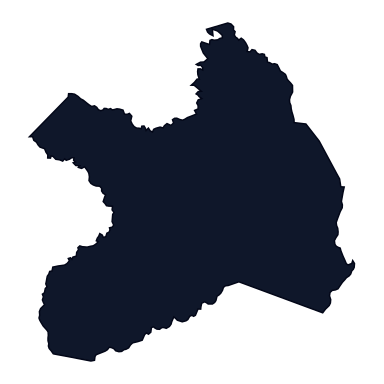 Arapoti, Paraná, Brazil
{"feature_id": "56859067B71427731295811", "entity_name": "Arapoti", "entity_type": "district", "adm_level": 2, "iso_a3": "BRA", "parent_name": "Brazil", "parent_adm1": "Paraná", "projection": "orthographic", "projection_center": [-50.012, -24.073], "detail": "fine", "context": "isolated", "style": "filled", "palette": "ink", "viewbox_px": 384, "rotation_deg": 0, "n_neighbors": 0, "source": "geoboundaries", "source_scale": "gbopen_adm2", "svg_char_len": 4741}
<svg xmlns="http://www.w3.org/2000/svg" viewBox="0 0 384 384"><path d="M231.0,24.0L227.8,23.0L206.5,29.3L207.6,32.0L209.5,33.9L213.0,35.7L212.7,33.1L212.4,29.2L217.5,31.0L220.1,33.2L222.3,35.4L222.3,37.9L219.9,38.4L217.8,39.8L214.2,40.2L211.9,39.6L210.0,40.4L209.5,44.5L204.4,42.8L201.8,41.9L200.6,43.7L200.6,46.3L203.3,53.0L204.8,54.9L207.9,58.7L203.9,62.0L200.4,62.2L196.3,64.4L198.2,65.5L200.7,65.2L202.7,67.6L202.7,70.0L200.6,68.9L198.0,68.9L197.6,71.5L197.9,74.8L199.3,79.0L197.1,79.1L194.4,82.4L191.3,85.2L194.2,85.3L197.0,87.6L201.3,91.3L198.2,91.6L196.1,93.9L197.9,95.0L199.1,96.6L201.8,98.6L198.2,99.9L196.7,103.0L198.1,105.6L198.1,108.9L194.6,110.4L196.5,114.0L193.3,115.3L190.8,116.3L187.4,117.6L184.9,119.2L182.6,120.2L179.8,119.5L176.8,118.2L174.6,118.3L172.5,119.7L173.6,123.0L171.0,125.4L167.0,123.6L164.4,125.7L163.1,127.9L160.1,127.1L156.1,128.2L153.7,129.3L152.5,132.0L150.2,130.9L148.4,128.1L146.1,130.5L145.4,128.3L144.0,126.0L141.8,126.2L141.2,128.8L139.2,128.2L136.6,128.1L134.1,126.6L132.2,124.1L130.7,120.9L131.8,116.2L129.4,113.4L127.3,114.3L124.5,114.2L123.0,110.1L119.5,109.1L116.9,108.8L114.4,109.5L112.3,109.9L110.6,108.6L108.2,109.4L106.2,108.5L104.2,108.4L102.8,110.1L100.7,110.7L98.4,109.7L96.7,107.3L94.5,105.8L91.7,106.5L89.3,105.0L86.2,102.6L83.3,100.2L80.6,98.8L78.0,96.4L74.6,94.2L71.7,93.7L68.6,93.7L68.2,97.1L29.5,136.7L32.6,136.7L33.8,140.3L36.5,142.2L38.0,144.8L40.0,147.1L42.5,148.0L44.6,148.7L46.0,152.2L47.8,154.8L47.7,158.0L50.5,158.1L51.1,155.9L53.0,156.4L55.8,159.3L59.5,159.8L62.7,161.1L64.7,158.8L66.2,160.3L69.5,159.2L71.7,157.7L74.0,157.8L73.6,160.3L75.5,162.0L73.2,162.8L75.8,165.5L79.7,165.8L78.4,167.4L81.6,168.4L84.6,166.8L86.3,169.1L88.0,171.5L88.9,173.5L89.4,176.9L89.0,180.6L90.9,183.4L93.2,184.9L96.1,186.0L99.7,186.2L101.7,188.4L101.6,190.9L103.1,193.3L105.6,194.8L104.6,197.2L103.2,201.6L105.0,203.5L106.5,205.7L108.8,206.1L112.5,206.2L112.1,209.9L114.1,212.5L112.7,214.3L112.1,221.6L113.7,225.0L112.4,227.1L109.5,227.8L110.0,229.9L109.0,232.2L106.9,233.2L105.8,236.7L103.3,237.4L102.3,235.1L99.8,233.6L98.7,236.3L97.3,238.2L96.3,240.8L98.2,241.7L96.7,243.4L95.0,244.7L93.2,245.8L90.4,246.3L87.2,247.1L84.8,246.9L82.3,246.7L79.8,245.9L77.9,247.7L78.5,249.8L76.7,252.3L76.3,256.1L72.9,257.1L71.9,259.3L70.5,257.8L68.3,258.5L69.4,260.8L67.0,263.6L64.5,265.1L61.7,265.5L58.0,266.0L55.7,266.5L52.8,267.1L52.0,271.0L49.7,271.4L48.8,274.1L47.3,276.2L46.8,278.7L46.3,281.5L45.8,283.9L47.0,286.8L45.3,288.5L44.4,292.8L42.4,294.2L43.4,296.8L42.4,299.9L43.5,302.7L44.6,304.6L42.6,306.6L40.6,308.6L39.4,311.6L39.7,315.2L39.0,318.0L39.7,320.0L40.9,322.2L43.2,326.0L46.8,330.0L48.1,331.9L48.3,335.4L48.0,337.9L48.0,340.7L48.8,343.7L48.4,346.0L49.2,348.5L51.1,350.7L53.3,353.8L55.2,354.2L66.0,356.2L90.9,361.0L94.5,360.3L95.0,356.5L96.2,354.7L103.0,352.0L105.2,351.1L107.4,349.7L109.3,347.2L111.4,347.6L113.8,348.6L115.7,350.8L118.9,351.7L121.7,351.4L123.9,349.7L125.9,349.3L128.6,347.9L130.4,345.0L132.6,342.9L135.0,342.3L137.9,341.6L142.2,340.2L144.7,334.5L146.4,333.0L148.5,334.2L150.8,332.2L151.4,327.7L153.3,326.7L154.9,328.0L156.9,329.1L159.6,329.3L161.8,327.6L164.0,327.6L166.3,328.3L169.4,326.5L171.1,324.1L171.7,321.8L173.8,316.9L175.8,318.6L177.3,320.2L179.8,321.0L182.2,321.8L186.0,320.8L187.8,319.6L189.7,316.3L191.9,315.3L193.6,316.3L195.4,315.3L196.6,312.4L198.0,309.0L200.7,309.1L200.9,306.9L201.7,303.2L204.7,301.8L206.6,302.8L208.2,304.0L212.4,304.0L214.6,302.5L215.9,300.6L217.0,296.2L218.8,295.1L220.7,293.3L222.5,290.3L223.4,287.4L225.4,285.8L228.2,285.5L238.9,281.8L322.7,312.8L325.5,309.1L327.5,307.2L329.2,305.5L330.4,303.0L330.7,299.6L329.5,295.9L330.0,292.5L332.2,290.4L335.4,289.9L338.0,288.8L339.7,286.2L342.4,282.3L344.8,279.7L346.4,277.7L349.1,275.9L350.7,274.0L351.8,270.8L353.3,269.3L354.2,267.3L354.5,263.5L352.7,260.6L351.8,263.4L348.2,264.9L346.4,263.9L344.7,259.9L342.9,255.9L340.9,250.8L340.2,248.1L338.1,247.3L336.3,246.3L334.9,244.3L334.4,240.6L335.9,237.7L337.9,234.7L338.1,231.9L337.7,228.2L336.6,225.6L336.2,222.5L337.7,218.2L340.2,211.6L342.2,207.8L342.4,204.9L341.4,201.4L343.0,192.4L344.2,187.0L340.8,186.8L339.6,178.9L336.5,173.3L319.2,141.1L305.9,124.0L294.1,122.6L294.0,119.4L292.9,115.1L291.9,111.9L291.2,108.7L290.9,105.5L289.7,102.6L289.5,99.7L290.4,96.2L291.5,94.2L292.6,92.0L292.5,85.4L290.5,82.9L288.2,80.5L287.0,78.9L286.3,76.4L285.4,74.4L282.8,72.5L280.4,71.0L278.9,67.9L277.2,64.6L274.6,63.7L272.2,64.1L269.6,62.6L267.5,62.2L267.0,57.6L264.9,57.0L264.4,54.4L262.2,53.8L259.1,54.4L256.9,52.9L255.0,50.3L252.0,49.6L250.0,51.9L247.1,51.5L248.0,47.8L247.0,45.4L245.5,42.6L243.5,39.9L241.2,38.2L238.7,40.2L237.5,38.4L235.6,37.1L234.3,35.0L235.1,31.6L233.5,30.0L233.6,26.7L231.0,24.0Z" fill="#0f172a" stroke="#020617" stroke-width="1.5"/></svg>